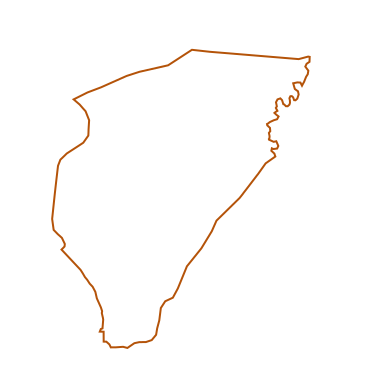 Kaiama, Kwara, Nigeria, rotated 78°
{"feature_id": "59680162B83662033692716", "entity_name": "Kaiama", "entity_type": "district", "adm_level": 2, "iso_a3": "NGA", "parent_name": "Nigeria", "parent_adm1": "Kwara", "projection": "orthographic", "projection_center": [4.157, 9.519], "detail": "fine", "context": "isolated", "style": "outline", "palette": "amber", "viewbox_px": 384, "rotation_deg": 78, "n_neighbors": 0, "source": "geoboundaries", "source_scale": "gbopen_adm2", "svg_char_len": 1974}
<svg xmlns="http://www.w3.org/2000/svg" viewBox="0 0 384 384"><g transform="rotate(78 192 192)"><path d="M76.8,288.5L83.1,283.7L86.5,281.8L86.9,281.6L90.9,279.3L100.4,277.7L109.4,280.2L112.7,281.0L115.3,281.7L121.2,288.1L123.2,293.2L128.3,306.5L130.1,309.3L133.0,314.0L138.5,317.6L143.2,319.2L153.9,322.8L165.0,326.5L169.6,328.0L189.3,334.4L200.3,335.2L205.4,332.0L209.8,328.8L216.4,327.2L218.8,328.0L219.7,329.3L221.2,331.6L245.0,317.2L249.0,315.7L253.0,314.4L256.0,312.8L260.4,311.1L264.0,308.9L269.6,307.3L276.2,307.2L286.0,305.1L289.9,304.7L291.0,305.1L291.6,305.4L296.7,305.3L298.4,305.4L306.8,307.9L307.1,309.7L309.4,311.2L310.3,307.5L320.0,309.5L320.6,306.9L323.9,304.5L327.1,303.7L328.1,298.8L329.1,291.6L331.1,287.6L327.9,279.8L327.9,274.7L329.2,268.3L328.5,262.2L324.2,256.8L320.4,255.3L318.1,254.4L310.8,250.7L299.0,246.6L293.3,240.9L291.4,232.7L283.4,225.9L263.6,212.4L260.6,208.7L249.1,194.6L248.9,194.4L234.5,180.8L225.1,174.0L207.7,146.6L204.2,142.4L203.7,141.9L201.6,139.4L189.1,124.8L188.3,123.8L179.3,114.0L174.6,103.1L172.1,103.4L171.6,103.4L168.2,105.8L165.9,104.8L166.9,103.4L167.2,99.7L164.9,98.0L159.9,99.0L159.9,101.7L156.8,105.8L156.2,105.8L155.5,105.1L153.5,104.5L150.2,104.5L148.8,102.8L145.5,102.4L142.5,104.5L141.1,104.5L140.8,103.4L139.8,101.4L138.8,97.0L138.5,93.6L136.1,91.6L134.1,93.3L131.8,94.9L131.1,93.6L130.4,91.6L127.2,92.5L125.9,91.2L123.8,91.2L121.7,91.2L119.2,89.1L118.8,86.1L120.9,84.8L125.1,84.4L125.5,83.6L127.6,82.3L128.0,80.6L126.8,78.5L125.1,77.6L122.6,77.2L120.5,77.2L118.8,75.9L118.8,75.1L119.2,74.2L120.5,73.4L123.4,73.0L123.8,71.7L122.6,69.6L118.8,67.4L115.5,67.4L115.1,67.8L112.6,70.0L106.7,70.4L106.7,66.2L107.5,63.2L110.9,62.3L109.2,60.9L107.5,59.4L105.5,58.1L103.0,56.4L100.9,54.3L98.6,53.4L97.5,53.0L92.9,55.1L90.4,53.2L89.1,50.0L84.3,48.8L83.7,50.2L84.2,60.0L63.8,127.9L58.6,145.3L52.9,162.5L63.1,189.0L63.5,218.4L64.9,231.9L70.7,259.2L72.9,273.5L76.8,288.5Z" fill="none" stroke="#b45309" stroke-width="2"/></g></svg>